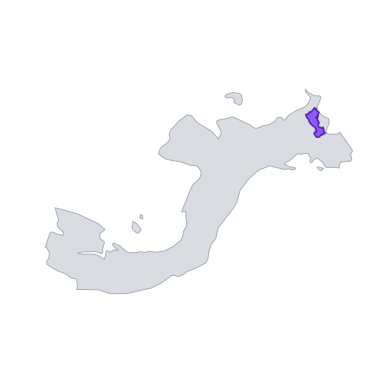 Bugaba, Chiriquí, Panama shown in context, rotated 145°
{"feature_id": "35544464B94237037415944", "entity_name": "Bugaba", "entity_type": "district", "adm_level": 2, "iso_a3": "PAN", "parent_name": "Panama", "parent_adm1": "Chiriquí", "projection": "mercator", "projection_center": [-82.702, 8.679], "detail": "fine", "context": "in_parent", "style": "filled", "palette": "violet", "viewbox_px": 384, "rotation_deg": 145, "n_neighbors": 0, "source": "geoboundaries", "source_scale": "gbopen_adm2", "svg_char_len": 6535}
<svg xmlns="http://www.w3.org/2000/svg" viewBox="0 0 384 384"><g transform="rotate(145 192 192)"><path d="M342.3,178.3L341.2,179.0L338.2,183.4L336.6,187.1L340.5,191.1L341.6,195.3L343.9,199.8L347.3,204.4L351.2,212.9L352.1,216.3L351.0,218.5L347.3,219.9L343.8,223.8L342.9,228.7L343.6,231.1L333.3,238.8L330.6,240.1L328.9,238.9L326.7,235.0L324.0,231.9L322.6,230.8L321.8,230.8L321.0,231.5L320.6,233.2L322.0,240.4L320.8,243.4L317.3,245.7L313.3,257.5L311.8,256.0L298.6,240.1L287.2,220.3L284.8,211.4L287.7,210.9L290.6,211.1L292.1,209.7L293.9,207.1L292.5,201.1L298.0,196.5L300.1,193.4L301.7,193.7L305.3,199.0L310.6,202.0L317.1,206.4L321.1,207.4L316.0,202.8L307.2,196.7L304.8,192.8L302.5,187.2L299.0,189.6L297.5,191.6L295.7,192.8L294.1,191.4L293.9,189.6L288.7,189.3L287.4,187.6L286.0,186.7L286.6,190.2L287.6,192.3L287.1,194.9L285.4,195.1L284.0,192.4L282.2,190.0L279.7,179.9L273.8,175.2L271.2,173.6L268.9,173.0L265.7,169.8L261.4,168.0L255.5,163.0L248.3,159.4L239.5,158.2L228.8,158.9L225.2,160.9L222.7,163.5L221.6,164.7L215.3,167.6L212.9,171.8L211.4,175.3L208.2,179.3L211.8,181.7L191.2,195.4L187.1,197.4L177.9,198.8L175.8,200.2L172.9,202.9L172.6,207.0L173.0,210.5L175.7,213.2L178.1,214.9L183.8,223.0L194.0,233.2L195.9,237.0L197.5,242.5L194.4,245.1L192.1,246.2L182.4,246.6L179.0,248.8L177.7,252.2L174.0,254.9L161.5,257.7L151.7,258.0L148.7,254.8L147.9,245.9L141.3,230.8L139.7,220.3L138.1,221.6L134.6,222.9L133.4,225.5L132.5,233.2L131.2,235.8L128.5,235.5L122.9,232.8L115.6,230.2L106.1,213.9L105.1,210.8L103.3,207.2L96.0,205.6L89.8,202.9L83.0,202.4L79.6,204.0L76.0,202.0L75.4,197.5L68.3,199.5L59.2,198.8L51.0,196.9L45.5,198.0L40.8,201.1L41.4,209.3L40.1,210.9L39.8,207.5L38.2,203.7L36.3,200.5L32.2,197.3L31.9,196.1L33.6,194.4L41.0,189.6L42.0,187.6L42.1,183.5L41.4,179.5L38.0,173.7L39.9,170.1L43.8,167.2L47.7,164.9L48.4,163.9L47.6,162.0L45.3,159.8L40.0,156.2L36.7,155.9L36.6,145.4L36.7,134.3L37.6,133.2L39.5,132.5L41.1,130.8L42.0,127.5L44.4,126.4L48.6,128.9L53.0,131.1L54.8,130.4L56.1,129.3L57.1,128.2L57.4,127.2L60.9,130.2L68.0,135.4L68.4,138.0L67.7,140.5L69.7,147.6L73.4,148.7L77.1,147.3L78.0,148.6L77.3,149.9L75.4,151.4L74.9,157.5L81.0,160.4L84.1,162.9L94.1,161.7L97.9,162.4L100.4,161.7L97.6,156.7L93.8,153.1L94.1,151.5L97.0,152.7L99.2,155.2L104.1,158.2L113.3,168.9L123.8,171.5L132.0,171.1L139.8,169.7L152.1,165.5L161.0,158.1L168.1,154.7L191.2,147.6L199.3,140.2L202.8,139.2L206.1,138.3L213.3,132.6L217.2,128.2L221.3,126.0L233.5,127.6L241.4,129.7L246.9,129.4L252.1,130.9L254.4,134.1L256.8,135.4L269.7,135.1L280.2,136.7L303.4,146.1L317.2,155.5L324.5,165.4L342.3,178.3ZM110.1,251.7L107.1,252.0L101.0,249.7L96.5,245.1L96.1,243.6L96.2,242.1L98.6,237.4L101.9,235.7L103.2,235.8L106.4,241.2L104.2,243.3L105.1,246.6L109.6,249.1L110.1,251.7ZM258.6,199.6L257.5,201.9L255.0,196.7L255.4,195.3L255.2,190.6L257.6,189.4L259.4,189.3L260.9,189.9L261.9,195.5L261.1,198.0L258.6,199.6ZM75.5,138.1L74.9,140.7L70.7,136.0L73.2,135.3L74.1,135.3L75.5,138.1ZM249.4,200.7L247.0,203.1L246.0,200.8L247.7,198.4L248.3,198.4L249.4,200.7Z" fill="#d9dde1" stroke="#a8b0b8" stroke-width="1"/><path d="M49.5,164.0L49.8,164.2L49.8,164.3L49.6,165.0L49.5,165.3L49.3,165.7L49.3,165.9L49.1,166.0L49.0,166.3L48.9,166.3L48.7,166.3L48.6,166.5L48.6,167.0L48.6,167.4L48.5,167.5L48.4,167.7L48.3,168.0L48.2,168.2L47.9,168.3L47.9,168.6L47.9,168.9L47.9,169.0L47.8,169.3L47.8,169.2L47.7,169.3L47.7,169.5L47.6,169.8L47.8,169.9L48.0,169.8L48.2,169.7L48.2,169.4L48.4,169.4L48.6,169.4L48.7,169.6L48.8,169.6L49.1,169.7L49.1,169.8L49.3,169.9L49.5,170.9L49.7,171.3L50.3,171.8L50.6,172.1L50.7,173.4L50.2,174.4L50.1,174.5L49.9,174.7L49.9,174.9L49.8,175.0L49.7,174.9L49.4,175.1L49.2,175.2L48.9,175.3L48.7,175.3L48.5,175.5L48.7,175.8L48.5,176.0L48.4,176.0L48.2,176.2L48.1,176.3L48.1,176.5L48.3,176.7L48.2,176.7L48.2,177.1L48.1,177.3L47.8,177.7L47.8,177.8L47.8,178.0L47.8,178.3L48.0,178.4L48.0,178.5L47.9,178.6L48.0,178.7L47.9,178.8L47.8,179.0L47.7,179.2L47.7,179.3L47.7,179.5L47.5,179.9L47.5,180.0L47.4,180.0L47.2,180.5L47.3,180.6L47.2,180.7L47.3,180.8L47.2,180.8L47.2,181.0L47.2,181.4L47.3,181.4L47.4,181.5L47.5,181.7L47.4,181.7L47.4,181.9L47.3,182.0L47.3,181.9L47.2,181.9L47.0,181.7L46.9,181.7L46.7,181.6L46.7,181.4L46.2,181.1L46.1,181.4L45.8,181.5L45.5,181.6L45.4,182.0L45.2,181.9L45.0,182.0L45.0,182.3L45.0,182.6L44.9,182.7L44.7,183.0L44.5,182.9L44.4,182.9L44.2,183.2L43.9,183.3L43.7,183.6L43.3,183.7L43.2,183.9L42.8,184.1L42.6,184.4L42.4,184.6L42.4,184.8L42.7,185.0L42.6,185.4L42.6,185.5L42.8,185.8L43.0,186.2L43.0,186.4L43.1,186.6L43.0,186.9L43.0,187.2L43.0,187.4L42.9,187.6L43.1,187.9L43.0,188.1L43.0,188.3L42.8,188.7L42.8,189.3L42.7,189.4L42.6,189.5L42.8,189.6L43.1,189.6L43.2,189.9L43.3,190.0L43.5,189.9L43.5,190.0L43.5,190.3L43.7,190.1L43.8,190.0L44.0,190.3L44.0,190.5L44.3,190.5L44.3,190.4L44.4,190.2L44.5,190.2L48.6,189.3L48.9,189.4L49.1,189.4L49.4,189.5L49.6,189.5L49.8,189.5L50.0,189.8L49.9,189.9L50.0,189.9L50.4,189.9L50.5,189.7L50.6,189.8L50.7,189.4L50.9,189.4L51.2,189.2L51.4,189.1L51.6,189.3L51.9,189.4L52.3,189.4L52.6,189.6L52.8,189.8L53.7,189.9L53.9,190.1L54.1,190.1L54.1,189.9L54.3,189.9L54.4,189.7L54.5,189.6L54.5,189.4L54.5,189.1L54.8,189.0L54.8,188.9L54.8,188.6L54.8,188.4L55.0,188.2L55.0,187.9L55.1,187.7L55.1,187.3L55.1,186.5L55.3,186.3L55.1,185.7L55.1,185.4L54.9,185.2L54.8,184.7L54.8,184.4L54.9,184.2L55.2,183.7L55.3,183.1L55.5,182.7L55.6,182.3L55.6,182.0L55.7,181.9L55.6,181.4L55.7,181.2L55.8,181.0L55.7,180.8L55.8,180.5L55.9,180.4L55.9,180.2L55.8,179.9L55.7,179.7L55.5,179.3L55.6,179.2L55.5,178.9L55.5,178.7L55.4,178.6L55.3,178.3L55.3,178.2L55.2,178.1L55.1,177.9L55.2,177.7L55.0,177.1L55.1,176.9L54.8,176.5L54.7,176.2L54.6,175.8L54.6,175.7L54.5,175.3L54.4,175.2L54.3,174.9L54.3,174.6L54.2,174.4L54.2,174.2L54.1,173.9L54.2,173.7L54.3,173.5L54.2,173.4L54.3,173.3L54.2,173.3L54.3,173.0L54.3,172.9L54.3,172.7L54.2,172.7L54.2,172.2L54.3,172.0L54.4,171.9L54.5,171.8L54.7,171.6L54.8,171.5L54.8,171.3L54.9,171.2L55.0,170.8L54.8,170.6L54.9,170.3L55.2,170.1L55.5,170.0L55.8,169.9L56.0,169.8L56.3,170.1L56.3,170.3L56.3,170.5L56.5,170.6L57.0,170.6L58.6,169.9L58.6,169.5L58.6,165.6L58.4,165.5L58.2,165.3L58.1,165.1L57.9,165.1L57.7,164.9L57.3,164.5L57.0,164.4L56.9,164.4L56.7,164.4L56.2,164.4L55.8,164.1L55.7,164.3L55.4,164.4L55.2,164.5L54.9,164.5L54.7,164.5L54.4,164.5L54.2,164.4L54.0,164.2L53.9,164.2L53.5,164.4L53.4,164.5L53.2,164.8L52.9,164.6L52.7,164.6L52.4,164.5L52.4,164.4L52.2,164.5L51.8,164.5L51.7,164.4L51.5,164.5L51.3,164.2L51.1,164.2L50.9,164.0L50.7,164.1L50.6,163.8L50.4,163.7L49.8,163.8L49.7,163.9L49.7,164.0L49.5,164.0Z" fill="#8b5cf6" stroke="#5b21b6" stroke-width="1.5"/></g></svg>